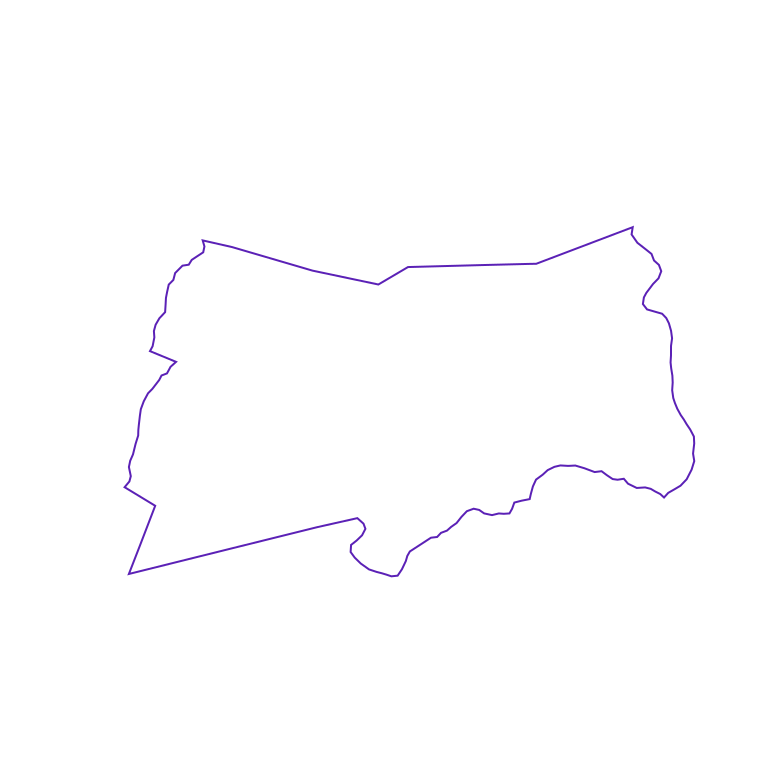 Itatim, Bahia, Brazil (Albers equal-area conic projection), rotated 74°
{"feature_id": "56859067B14041367173049", "entity_name": "Itatim", "entity_type": "district", "adm_level": 2, "iso_a3": "BRA", "parent_name": "Brazil", "parent_adm1": "Bahia", "projection": "albers", "projection_center": [-39.715, -12.718], "detail": "fine", "context": "isolated", "style": "outline", "palette": "violet", "viewbox_px": 768, "rotation_deg": 74, "n_neighbors": 0, "source": "geoboundaries", "source_scale": "gbopen_adm2", "svg_char_len": 2036}
<svg xmlns="http://www.w3.org/2000/svg" viewBox="0 0 768 768"><g transform="rotate(74 384 384)"><path d="M196.0,518.7L202.3,518.7L207.6,521.5L209.8,528.6L211.7,534.6L215.5,538.8L214.7,545.1L219.8,554.2L225.9,557.8L229.1,563.5L235.9,567.2L241.2,569.9L247.6,572.1L254.6,574.6L258.9,581.8L264.1,587.2L269.7,590.6L275.9,591.9L283.9,596.0L287.9,599.9L305.4,577.8L308.6,584.4L314.0,589.7L314.5,595.5L318.2,599.0L324.9,608.1L327.9,613.4L334.4,619.7L341.2,624.7L347.0,627.3L355.9,631.0L360.7,632.9L365.8,634.5L373.1,639.3L382.5,644.7L387.8,649.1L393.5,652.1L402.8,652.8L407.5,655.6L411.7,661.8L438.0,637.5L472.1,663.2L496.3,681.6L500.0,577.0L503.2,487.8L505.6,446.6L512.6,442.2L518.1,441.8L523.4,446.8L526.9,453.4L529.6,460.0L536.3,462.4L542.8,460.0L550.2,455.8L558.1,449.5L562.6,442.9L565.3,438.3L568.0,434.1L570.9,429.9L572.0,423.7L567.0,417.8L560.2,411.8L555.7,409.0L552.1,405.3L544.7,381.2L545.7,375.1L542.8,370.2L542.3,363.9L539.8,358.7L537.7,352.6L533.1,346.2L529.1,339.4L528.6,332.2L531.3,327.2L536.0,323.4L539.8,316.3L540.1,309.3L541.8,304.6L543.0,299.1L539.3,295.3L533.9,291.4L534.1,283.8L534.8,275.7L529.9,273.0L523.5,269.1L517.8,264.2L514.9,256.4L511.9,250.4L510.6,243.0L510.9,236.9L513.5,229.5L515.1,222.6L520.2,214.6L526.7,205.8L527.8,198.9L533.2,194.8L538.4,190.4L540.4,185.9L541.2,179.6L547.1,176.9L553.6,169.7L555.4,161.5L558.3,156.5L562.1,152.9L565.9,148.8L570.3,146.1L567.0,140.8L565.2,133.5L563.5,127.0L559.0,119.3L551.1,111.9L543.6,107.0L536.1,106.1L526.7,102.2L519.9,100.6L512.2,102.2L506.0,104.2L500.7,105.6L495.7,107.3L488.6,108.9L482.4,109.6L477.2,109.8L469.4,108.7L462.2,106.1L455.5,104.5L448.0,103.6L442.3,102.6L435.8,100.3L426.5,97.6L419.5,94.5L412.0,93.4L404.2,93.4L398.4,94.5L393.1,97.3L390.0,102.3L384.8,110.6L378.5,113.1L372.4,110.3L368.7,106.7L362.0,97.8L358.1,91.0L352.0,86.4L345.3,86.9L339.7,90.4L332.7,91.0L326.8,95.2L318.1,101.5L308.5,104.8L301.8,101.7L310.4,204.5L308.5,211.6L296.7,257.0L278.2,328.7L286.8,362.0L255.3,421.5L210.5,492.3L196.0,518.7Z" fill="none" stroke="#5b21b6" stroke-width="2"/></g></svg>